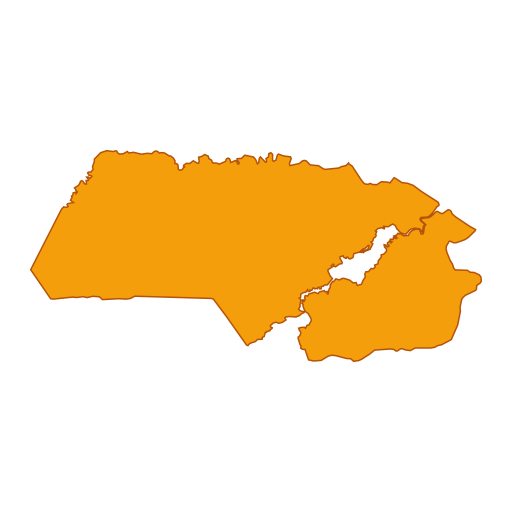 the district of Lívingston, Izabal, Guatemala
{"feature_id": "79465075B12175852129517", "entity_name": "Lívingston", "entity_type": "district", "adm_level": 2, "iso_a3": "GTM", "parent_name": "Guatemala", "parent_adm1": "Izabal", "projection": "orthographic", "projection_center": [-89.005, 15.735], "detail": "fine", "context": "isolated", "style": "filled", "palette": "amber", "viewbox_px": 512, "rotation_deg": 0, "n_neighbors": 0, "source": "geoboundaries", "source_scale": "gbopen_adm2", "svg_char_len": 6082}
<svg xmlns="http://www.w3.org/2000/svg" viewBox="0 0 512 512"><path d="M30.7,269.7L50.7,298.8L53.3,299.1L72.6,297.1L76.4,297.5L83.3,296.7L87.1,297.6L92.8,296.3L99.5,296.8L102.4,299.6L118.7,298.7L126.1,299.1L130.3,298.5L134.8,296.2L210.8,298.4L213.3,299.0L226.2,316.2L246.5,345.0L247.9,345.6L249.8,343.4L255.5,341.5L257.4,339.5L262.2,339.2L262.4,337.3L264.2,336.5L265.3,332.4L266.5,332.4L266.9,331.5L270.0,330.7L270.4,329.6L272.1,328.4L272.2,327.7L270.9,327.3L270.3,325.7L273.1,323.1L276.1,322.2L278.8,323.3L282.5,322.3L286.0,319.9L284.8,318.0L285.6,317.1L289.2,316.5L296.0,317.0L299.3,315.7L301.6,313.7L304.1,312.6L304.2,311.7L300.9,311.1L298.6,309.4L300.1,306.4L299.9,304.4L300.6,303.3L300.3,302.1L301.2,300.0L299.2,298.1L300.6,297.4L300.8,294.1L303.6,292.5L305.7,292.3L307.5,289.7L308.2,291.6L308.9,291.6L310.1,291.2L310.0,290.0L311.8,290.3L313.3,287.8L315.0,288.9L316.2,288.3L317.4,288.8L318.0,287.4L319.0,287.1L319.7,288.9L320.7,289.0L321.2,288.7L321.2,286.6L323.3,286.2L324.5,285.0L327.4,284.9L332.4,278.6L330.4,276.3L328.0,271.3L328.1,269.6L332.5,266.8L331.3,265.7L333.1,264.1L333.8,264.5L333.8,266.1L335.6,266.8L339.3,264.1L342.0,263.6L342.2,262.4L339.9,258.1L340.0,256.9L343.1,255.7L343.5,257.1L345.8,258.4L346.4,258.3L346.5,257.3L347.8,257.2L349.1,258.8L350.4,258.9L353.0,257.5L353.8,253.6L359.5,252.1L362.6,249.3L365.8,247.9L368.2,245.4L368.9,245.4L369.0,245.9L368.4,248.5L367.0,249.7L363.3,250.5L361.0,252.3L362.3,252.3L363.9,250.9L362.8,253.0L365.1,251.2L370.1,249.3L372.8,243.8L371.0,242.1L372.8,241.0L373.5,238.3L375.0,237.4L376.2,235.6L375.6,234.3L376.7,231.7L375.4,230.9L377.9,228.6L381.7,227.7L384.2,228.8L384.6,227.8L383.4,226.9L383.6,226.3L388.0,226.8L392.8,224.0L395.5,225.8L396.6,228.5L400.2,232.4L403.4,233.9L406.1,234.0L410.4,229.3L414.5,228.2L419.7,228.8L422.3,232.3L423.5,226.2L424.7,224.1L421.0,221.3L420.0,219.5L420.4,218.1L421.1,217.4L427.2,217.1L429.4,216.0L432.5,213.0L437.0,206.7L438.9,205.5L438.9,203.8L438.0,202.1L421.5,191.5L413.3,185.4L407.6,183.3L401.9,182.6L394.6,177.8L393.9,177.9L390.0,182.9L388.1,182.2L381.3,181.7L376.8,184.7L372.7,184.5L370.1,183.4L368.2,184.3L365.3,184.1L363.4,182.8L360.8,179.3L352.1,166.0L349.2,164.2L348.6,162.9L346.2,165.5L341.2,166.7L338.8,168.0L326.0,169.3L323.9,169.2L318.5,165.7L310.2,164.9L306.1,160.8L304.3,160.4L302.4,160.9L299.3,163.5L289.9,165.6L289.4,163.6L291.2,158.6L290.5,156.8L283.7,156.0L278.5,154.1L277.3,155.2L276.0,160.0L273.6,161.4L272.6,160.5L272.6,154.3L270.8,152.7L268.8,153.6L268.4,157.0L266.0,158.6L266.6,161.4L266.2,162.2L265.2,162.0L260.4,156.9L259.3,158.4L258.7,162.8L257.4,163.8L255.6,159.5L253.5,157.0L244.7,155.2L241.5,158.4L237.1,158.7L237.1,160.1L239.2,162.5L238.6,164.1L237.7,163.9L236.5,161.2L235.4,160.5L230.8,162.5L229.7,159.0L228.3,158.1L226.4,158.9L225.7,161.1L224.7,161.8L219.0,164.2L217.3,163.2L212.5,162.8L211.6,160.2L208.9,158.6L208.3,156.2L204.7,154.5L201.8,156.4L198.6,157.2L199.2,161.3L198.7,163.2L197.5,163.3L193.3,160.8L189.7,163.5L186.5,163.3L183.7,165.2L183.5,166.1L184.6,166.9L183.3,167.8L182.5,169.4L179.9,170.3L178.3,169.2L178.0,165.0L176.7,163.6L174.9,163.5L175.0,160.8L173.4,158.1L170.7,156.0L169.1,155.9L164.7,153.0L161.2,152.6L159.3,153.1L157.7,151.5L155.9,151.0L154.1,151.6L151.8,153.7L147.3,153.3L141.3,154.2L133.6,152.3L128.9,153.0L127.3,151.5L123.3,153.7L119.6,154.1L117.6,152.9L116.9,151.2L116.0,150.8L113.0,151.5L106.7,150.7L100.6,152.7L94.4,159.1L94.3,161.7L92.5,166.6L93.1,169.3L91.0,172.0L88.5,172.1L87.6,172.9L88.9,175.2L91.6,175.8L91.9,176.5L89.9,178.4L88.5,177.0L86.6,177.1L88.6,179.9L87.9,180.7L86.1,180.5L86.5,184.0L84.7,183.9L82.7,181.0L81.5,180.7L80.3,181.5L80.1,182.8L78.3,185.5L74.5,187.9L75.8,189.6L75.9,190.7L77.4,191.9L76.1,193.5L75.9,192.3L73.2,192.8L72.8,195.1L71.5,196.2L72.1,197.2L70.5,200.3L73.5,202.6L67.8,203.6L67.0,204.5L68.1,206.6L65.9,207.4L63.7,206.8L61.4,209.4L30.7,269.7ZM475.6,229.6L470.1,226.6L455.5,216.8L452.0,213.7L451.2,211.4L449.7,210.1L448.1,209.7L442.6,213.6L440.5,213.2L437.5,211.4L436.2,211.6L431.9,215.7L429.0,217.6L421.3,218.5L421.5,220.8L425.8,224.7L424.4,226.6L423.5,233.0L422.7,234.1L421.1,234.0L419.8,230.2L417.8,229.1L415.3,229.3L411.7,230.8L409.3,233.4L408.4,235.4L403.7,235.8L400.3,233.5L399.1,234.0L398.1,233.2L396.5,235.1L393.7,236.1L394.7,237.2L396.0,236.2L397.0,238.1L396.3,238.5L393.4,237.7L393.1,239.5L390.4,239.1L389.9,240.5L392.1,241.9L391.1,242.9L390.4,241.7L389.2,241.3L388.7,242.3L387.6,242.6L387.3,244.8L388.8,245.0L389.0,246.1L387.2,247.0L385.4,245.0L384.1,244.7L384.5,247.0L386.6,249.3L386.3,251.5L383.8,254.1L381.2,254.9L381.2,257.3L378.3,260.7L378.0,263.8L374.6,265.1L375.3,267.0L373.1,268.9L371.2,268.4L368.5,271.6L365.8,271.8L364.8,274.1L365.3,277.1L363.1,280.3L361.4,284.3L357.3,285.5L356.1,282.5L353.4,283.0L349.6,280.1L344.2,278.4L342.1,278.4L339.6,279.9L335.8,278.9L333.7,281.5L332.6,281.5L330.3,284.8L330.2,287.6L329.1,289.0L328.0,294.0L327.3,293.9L327.0,291.4L325.0,291.9L324.3,290.6L319.5,291.9L318.0,293.7L314.7,292.2L308.9,294.0L307.8,296.0L305.2,295.6L304.6,297.5L305.2,299.2L303.9,301.4L303.1,299.8L302.5,300.1L302.2,303.7L303.1,304.3L303.0,306.1L304.2,309.5L305.4,311.6L308.2,313.6L311.2,318.9L311.3,320.5L309.0,324.9L307.0,325.3L305.5,328.2L304.4,327.3L301.1,327.4L298.7,328.2L299.3,330.2L300.7,332.0L300.7,333.5L299.9,335.6L298.1,337.2L298.1,338.3L300.1,344.8L301.0,345.8L300.7,348.2L302.4,349.3L305.0,349.4L308.6,359.9L313.6,361.0L321.2,360.4L328.1,356.2L331.6,355.2L336.0,355.7L346.6,358.5L350.8,358.8L353.6,361.3L358.6,360.6L361.4,359.4L369.8,354.0L374.6,350.1L390.3,349.0L393.9,349.4L395.7,350.9L397.3,351.0L400.6,348.8L402.1,348.7L405.9,350.0L410.3,350.6L415.2,348.0L430.6,348.0L434.7,347.3L438.0,345.5L441.5,344.8L451.3,339.6L457.7,324.9L460.4,311.3L460.0,307.7L461.6,299.7L462.8,297.6L465.4,295.3L475.6,290.4L476.5,288.9L476.7,285.5L480.0,283.2L481.1,281.8L481.3,280.1L480.8,276.8L479.3,274.9L474.2,272.5L470.1,272.2L467.4,270.3L455.2,269.9L453.8,268.3L452.5,264.2L450.1,260.3L446.9,252.4L446.1,249.1L446.3,246.4L449.1,241.4L450.2,241.2L453.7,242.8L456.0,242.8L464.3,239.9L467.8,237.9L474.9,231.1L475.6,229.6Z" fill="#f59e0b" stroke="#b45309" stroke-width="1.5"/></svg>